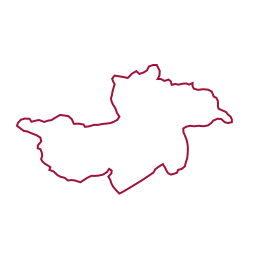 Embu-Guaçu, São Paulo, Brazil (Natural Earth projection), rotated 58°
{"feature_id": "56859067B87631402258962", "entity_name": "Embu-Guaçu", "entity_type": "district", "adm_level": 2, "iso_a3": "BRA", "parent_name": "Brazil", "parent_adm1": "São Paulo", "projection": "natural_earth1", "projection_center": [-46.834, -23.853], "detail": "fine", "context": "isolated", "style": "outline", "palette": "rose", "viewbox_px": 256, "rotation_deg": 58, "n_neighbors": 0, "source": "geoboundaries", "source_scale": "gbopen_adm2", "svg_char_len": 2046}
<svg xmlns="http://www.w3.org/2000/svg" viewBox="0 0 256 256"><g transform="rotate(58 128 128)"><path d="M178.1,36.9L175.8,35.4L172.7,35.0L169.8,36.0L166.2,36.5L162.5,39.1L159.6,41.0L156.9,40.0L152.8,37.5L149.4,37.1L146.7,38.6L141.5,37.7L137.9,39.8L134.9,43.8L132.7,48.5L129.5,51.3L126.9,51.2L124.1,49.4L123.6,53.2L121.3,54.8L119.8,57.3L117.9,62.4L115.8,64.5L114.5,68.1L111.2,67.0L108.5,67.9L107.4,72.1L103.7,74.3L102.2,76.9L100.2,73.5L96.3,70.8L89.8,70.3L87.8,73.5L86.9,77.5L89.2,81.6L89.2,85.2L88.2,89.6L84.2,90.8L84.0,95.9L85.5,101.7L82.5,104.7L78.9,108.8L76.4,111.7L77.9,115.4L80.7,115.9L83.9,116.2L86.2,118.9L89.1,122.0L91.9,124.5L93.7,126.6L96.4,127.8L100.0,128.3L105.1,128.3L109.3,129.4L113.8,129.2L115.4,132.6L115.2,136.6L114.5,140.3L112.9,143.8L111.1,147.4L109.4,151.9L107.4,155.0L106.0,160.1L104.2,163.9L101.5,163.8L97.9,167.9L95.8,171.7L90.7,171.0L86.3,172.3L83.3,175.8L80.9,178.8L80.8,183.4L80.7,189.0L79.3,192.1L78.5,195.8L74.2,199.1L72.8,202.4L71.6,206.5L68.0,206.6L65.3,210.6L64.2,214.6L65.4,218.7L67.3,221.0L71.5,219.4L75.3,217.9L77.7,215.1L81.1,212.8L85.5,209.5L89.7,207.4L93.3,208.6L95.0,213.7L97.4,215.3L99.6,213.5L103.3,214.2L105.9,215.3L108.4,218.2L111.1,218.3L114.3,217.4L117.6,215.7L120.1,214.6L121.9,216.9L125.5,214.1L130.5,212.8L133.6,211.1L136.7,208.1L140.8,206.6L142.2,203.5L144.3,200.9L148.8,197.1L148.7,192.6L148.7,188.8L149.1,184.5L151.3,181.1L152.9,177.8L154.3,173.7L154.2,169.3L152.7,165.6L155.5,164.4L157.7,166.3L158.8,170.4L162.4,170.5L166.4,171.5L169.9,171.7L174.7,171.0L179.0,170.1L179.4,166.7L179.5,162.5L179.6,156.8L179.7,148.9L179.7,142.0L179.3,130.1L177.5,126.8L177.1,122.5L177.1,117.6L181.2,117.6L184.8,118.0L187.7,117.9L190.2,116.4L191.2,113.4L191.8,110.1L190.0,107.6L191.2,104.3L190.6,100.0L187.7,97.1L185.4,94.2L182.5,91.8L178.5,89.0L175.6,87.2L172.5,85.8L168.9,84.5L165.4,83.9L161.0,83.2L157.7,81.4L157.8,77.8L159.1,74.0L161.6,71.0L163.6,66.8L166.5,63.1L168.2,58.8L167.9,54.6L166.9,51.7L167.6,47.1L169.9,44.1L174.4,42.9L176.8,40.5L178.1,36.9Z" fill="none" stroke="#9f1239" stroke-width="2"/></g></svg>